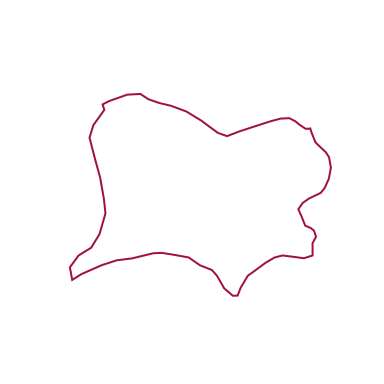 the Statistical Region of Bosilovo, rotated 252°
{"feature_id": "MKD-2997", "entity_name": "Bosilovo", "entity_type": "Statistical Region", "adm_level": 1, "iso_a3": "MKD", "parent_name": "North Macedonia", "parent_adm1": "", "projection": "equal_earth", "projection_center": [22.756, 41.481], "detail": "fine", "context": "isolated", "style": "outline", "palette": "rose", "viewbox_px": 384, "rotation_deg": 252, "n_neighbors": 0, "source": "natural_earth", "source_scale": "10m", "svg_char_len": 1094}
<svg xmlns="http://www.w3.org/2000/svg" viewBox="0 0 384 384"><g transform="rotate(252 192 192)"><path d="M302.9,134.0L304.1,141.5L304.6,160.4L301.2,173.2L293.7,179.2L286.8,188.3L280.4,198.8L270.2,211.6L256.9,223.0L250.5,227.5L240.1,235.0L234.3,242.6L235.0,256.1L235.0,270.5L235.0,288.6L234.4,299.2L232.1,307.4L227.5,312.0L222.8,315.0L217.1,319.5L215.9,323.3L215.9,324.1L210.8,324.1L201.0,324.8L195.3,327.8L188.4,331.6L182.6,333.1L172.2,331.6L162.4,326.3L154.9,319.5L151.4,314.2L149.7,301.4L147.4,293.9L142.8,287.8L135.3,288.6L125.0,289.3L120.9,293.9L117.5,296.1L111.1,296.1L106.0,290.8L99.1,288.6L94.4,287.1L94.4,278.0L98.4,269.7L103.7,258.4L104.2,250.1L102.0,240.3L98.0,228.2L95.1,219.2L85.8,208.6L80.3,204.1L79.4,203.4L80.7,198.8L90.5,192.8L98.0,191.3L104.9,189.8L111.7,186.8L119.8,177.0L130.8,168.6L138.8,153.6L143.4,144.5L145.7,136.3L147.4,114.4L150.3,99.3L150.3,83.5L148.1,61.6L145.4,50.9L158.1,52.6L166.7,64.6L170.2,78.9L180.5,91.0L198.4,103.1L212.8,106.1L234.1,109.1L252.0,109.9L275.3,111.3L286.1,118.9L297.2,134.0L302.9,134.0Z" fill="none" stroke="#9f1239" stroke-width="2"/></g></svg>